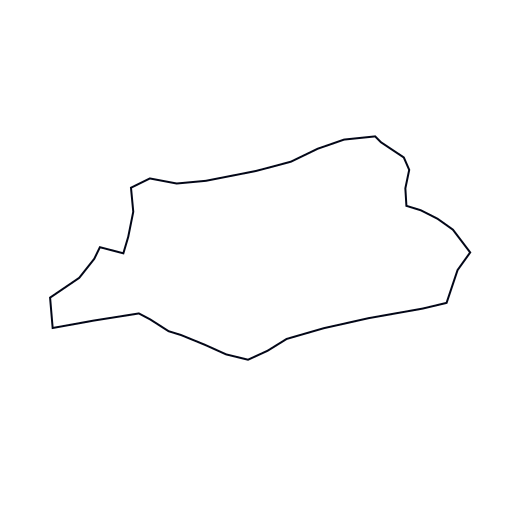 outline of Kil, Värmland, Sweden, rotated 351°
{"feature_id": "70781695B19557897917232", "entity_name": "Kil", "entity_type": "district", "adm_level": 2, "iso_a3": "SWE", "parent_name": "Sweden", "parent_adm1": "Värmland", "projection": "natural_earth1", "projection_center": [13.218, 59.582], "detail": "fine", "context": "isolated", "style": "outline", "palette": "ink", "viewbox_px": 512, "rotation_deg": 351, "n_neighbors": 0, "source": "geoboundaries", "source_scale": "gbopen_adm2", "svg_char_len": 664}
<svg xmlns="http://www.w3.org/2000/svg" viewBox="0 0 512 512"><g transform="rotate(351 256 256)"><path d="M46.1,264.9L43.9,295.3L85.4,294.4L131.3,294.4L141.6,302.1L157.9,316.6L169.7,322.4L191.9,335.9L211.1,348.5L231.9,357.2L252.6,351.4L273.3,342.7L311.8,337.9L357.7,335.0L412.4,334.0L436.9,332.1L452.9,301.4L468.1,286.0L454.6,260.8L441.1,247.6L425.9,236.6L412.4,230.0L414.1,212.5L420.8,194.9L417.4,181.8L397.2,163.2L392.4,156.5L361.2,154.8L333.7,159.7L305.3,168.3L269.4,172.0L218.3,173.9L189.0,172.0L163.3,162.8L143.2,169.0L141.7,193.1L132.8,217.1L125.4,232.6L103.2,222.9L95.8,233.5L78.0,249.9L46.1,264.9Z" fill="none" stroke="#020617" stroke-width="2"/></g></svg>